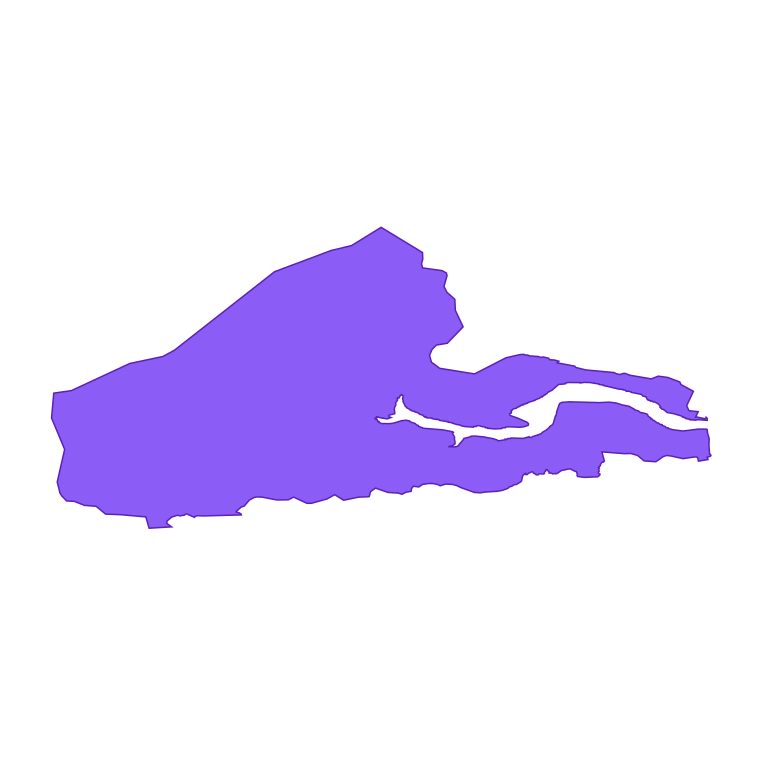 the district of Stryn nor, Sogn og Fjordane, Norway, rotated 183°
{"feature_id": "86288312B20375787798731", "entity_name": "Stryn nor", "entity_type": "district", "adm_level": 2, "iso_a3": "NOR", "parent_name": "Norway", "parent_adm1": "Sogn og Fjordane", "projection": "natural_earth1", "projection_center": [6.614, 61.822], "detail": "fine", "context": "isolated", "style": "filled", "palette": "violet", "viewbox_px": 768, "rotation_deg": 183, "n_neighbors": 0, "source": "geoboundaries", "source_scale": "gbopen_adm2", "svg_char_len": 6122}
<svg xmlns="http://www.w3.org/2000/svg" viewBox="0 0 768 768"><g transform="rotate(183 384 384)"><path d="M676.7,247.1L665.1,246.8L655.2,239.5L640.0,239.7L614.9,238.8L611.0,227.7L588.7,230.2L593.7,233.5L593.4,235.9L589.2,239.9L583.4,242.1L581.0,241.6L576.5,242.6L575.0,243.9L574.1,243.9L566.3,240.9L565.8,241.8L563.6,242.7L557.2,242.8L519.6,245.8L519.9,246.7L521.8,247.7L524.9,248.5L524.8,249.1L520.2,253.6L517.2,254.8L512.4,261.0L507.9,263.8L505.4,264.5L500.3,264.7L484.8,262.6L473.6,263.3L468.3,266.3L454.7,260.8L450.1,261.1L434.9,266.2L427.4,270.9L418.3,265.8L403.3,269.7L393.3,270.6L392.8,271.0L391.8,275.8L387.0,279.6L374.3,275.9L363.9,275.8L360.3,274.8L356.3,277.1L351.3,278.2L351.0,281.1L349.3,283.4L343.8,283.0L340.3,285.7L334.1,287.0L329.8,287.1L325.3,286.5L322.6,285.3L317.3,287.3L310.4,287.3L306.2,286.4L301.9,284.6L287.8,280.4L281.8,280.4L277.2,281.4L265.1,282.8L260.2,284.0L254.9,286.2L253.3,287.8L250.9,288.6L249.1,290.1L246.3,290.7L242.4,293.4L241.6,294.2L240.7,299.7L238.4,302.1L237.9,302.1L237.8,301.0L236.4,301.0L234.8,302.5L231.8,304.1L230.6,303.7L229.8,302.6L227.8,302.0L227.4,301.3L225.4,301.3L224.5,302.4L220.1,302.5L219.2,302.9L219.2,304.3L218.2,305.2L217.6,307.1L216.5,306.8L216.2,306.1L214.8,305.4L214.5,303.7L212.4,303.8L210.6,303.0L208.7,303.6L207.8,303.2L205.7,304.2L202.5,306.8L193.9,309.1L188.7,306.8L187.3,306.6L186.3,304.1L186.4,302.7L185.9,301.8L179.4,301.2L165.8,302.5L163.9,304.0L163.6,305.3L164.4,305.6L165.5,307.2L164.5,308.4L165.2,310.2L164.6,311.0L165.5,311.7L164.6,312.6L164.7,313.1L163.8,313.5L163.8,314.3L162.6,316.8L161.8,317.5L160.8,317.5L159.9,318.5L162.8,327.6L140.5,327.0L133.8,327.5L127.0,325.9L120.2,320.8L108.4,320.6L101.2,326.2L97.9,327.4L93.5,327.1L81.5,325.1L68.9,327.6L67.0,327.0L65.9,323.4L56.5,325.5L57.4,327.8L54.2,329.0L53.8,329.9L54.3,330.8L55.2,331.0L56.3,339.9L56.4,346.5L58.3,351.8L58.9,355.5L60.2,355.8L67.9,355.4L82.8,352.7L92.7,353.4L97.7,354.5L97.7,354.9L100.3,355.4L100.9,356.2L104.1,357.2L104.1,358.0L106.0,358.1L108.2,359.5L109.2,359.5L112.4,361.7L113.7,362.1L114.7,363.2L115.6,363.1L115.5,363.7L116.3,364.4L118.4,365.5L119.3,367.4L120.9,368.1L126.8,369.1L128.4,370.4L132.5,371.4L132.5,371.8L138.1,374.6L145.0,375.6L150.8,377.1L158.0,377.7L167.8,376.7L198.0,375.9L205.7,374.9L207.4,373.8L207.9,373.0L210.1,365.3L210.3,362.5L210.7,361.2L211.1,361.1L212.9,353.6L213.6,352.2L216.3,350.2L216.3,349.6L219.7,346.4L223.3,344.0L224.4,342.6L233.1,339.1L234.3,338.2L236.5,338.5L236.5,338.9L241.9,337.0L254.6,336.7L254.9,336.2L257.7,336.0L258.8,335.1L259.7,335.2L259.4,334.8L267.0,333.2L268.0,334.0L272.1,335.1L281.7,336.4L290.4,336.8L294.4,336.4L294.4,336.0L301.4,333.8L302.1,332.3L305.7,327.8L306.4,326.4L307.7,325.5L310.1,324.9L316.6,324.7L312.1,326.1L309.9,328.0L310.1,330.2L310.8,332.7L310.7,334.5L313.2,338.7L312.2,339.3L312.8,339.9L323.0,341.3L343.0,341.9L343.4,342.4L347.2,343.4L347.5,344.3L349.3,344.9L350.9,346.2L356.1,347.7L356.6,348.5L360.0,349.0L364.8,348.2L372.5,345.4L376.3,344.7L384.6,344.4L387.0,345.5L387.0,346.1L387.6,345.8L388.6,346.7L387.5,346.3L388.6,347.1L389.0,348.1L390.3,348.2L390.7,348.9L389.6,349.0L390.7,349.4L389.5,349.8L389.8,351.0L386.1,350.1L379.1,349.3L375.2,350.9L377.0,351.5L377.6,352.5L377.1,353.2L371.7,354.9L371.7,356.2L372.4,359.2L372.0,361.9L371.1,363.4L371.3,365.3L371.1,366.3L369.6,368.7L370.3,370.2L369.8,369.5L370.0,370.5L368.5,370.7L369.5,370.7L369.5,371.1L368.1,371.0L367.0,373.6L366.3,373.7L365.9,374.3L364.3,373.2L364.6,369.9L363.9,368.3L364.2,367.7L361.3,362.5L360.7,362.5L360.0,361.4L357.5,360.3L356.8,359.5L355.9,359.6L355.3,358.8L351.8,358.1L351.8,357.8L348.3,356.9L346.7,355.6L343.6,354.9L342.6,353.8L341.0,353.5L341.3,353.1L339.5,352.7L339.4,352.4L334.2,352.5L334.1,351.9L329.5,351.3L329.5,351.6L327.9,351.7L328.6,351.5L326.7,350.9L326.6,350.6L317.9,349.6L317.9,349.2L313.6,348.8L313.5,348.4L308.5,347.2L306.0,347.2L305.7,346.7L304.1,346.2L300.7,345.7L292.3,345.6L292.1,346.3L289.6,346.4L289.3,347.0L286.9,347.4L283.4,346.5L280.9,346.5L280.6,345.7L278.1,345.6L278.1,345.2L271.3,344.9L264.2,345.6L263.3,346.5L260.5,346.7L260.3,347.3L257.5,347.8L246.1,347.9L242.1,348.6L237.9,350.2L237.5,351.6L238.7,353.1L248.5,356.9L256.2,359.1L256.9,360.0L256.8,361.0L256.2,361.7L255.3,361.7L255.4,364.4L254.8,364.4L253.7,365.9L250.6,366.7L249.2,368.1L248.2,368.1L248.0,368.7L246.4,369.3L246.5,369.7L243.7,370.5L243.8,371.0L241.3,371.7L241.4,372.0L239.5,372.4L239.3,373.0L232.3,375.6L232.3,376.0L227.8,378.0L226.9,379.0L225.4,379.4L225.5,379.9L224.8,379.9L223.4,381.3L222.8,381.3L222.2,382.3L220.7,382.9L220.0,384.2L215.7,386.7L209.6,392.7L203.7,393.5L202.8,393.8L202.9,394.4L200.1,395.1L188.1,395.7L188.1,395.3L183.8,396.1L178.0,396.2L169.3,395.2L169.2,394.8L164.9,394.4L164.9,394.0L148.6,391.1L145.2,391.1L145.2,390.7L142.7,390.4L141.7,389.4L139.3,389.6L136.7,389.0L136.7,388.6L126.4,387.1L124.8,385.5L121.7,384.9L120.2,382.2L119.3,382.1L119.3,381.7L116.8,381.2L116.7,380.8L115.2,380.9L114.2,380.1L113.0,380.3L109.5,378.7L107.4,376.9L107.1,375.2L106.5,375.2L106.6,374.7L105.1,373.4L103.6,373.2L99.7,370.3L93.5,369.6L86.5,367.9L85.0,367.5L84.0,366.6L83.4,366.8L83.3,366.4L80.8,365.7L80.8,365.3L76.7,364.7L76.7,364.3L70.8,364.2L69.0,364.8L66.2,364.8L59.3,364.6L59.5,366.7L60.5,367.5L60.5,366.8L62.2,366.2L69.7,367.4L71.1,367.1L68.8,372.8L78.1,373.3L80.6,378.2L74.6,392.9L87.3,398.9L88.7,401.5L101.0,405.4L110.5,406.2L117.4,403.1L139.4,405.7L143.5,407.2L145.7,407.1L148.1,406.0L149.9,405.9L152.7,406.5L154.9,407.5L183.1,408.6L193.6,410.6L194.4,411.8L212.1,414.2L210.6,415.9L215.1,416.9L219.8,416.9L221.0,418.4L226.4,419.3L229.2,418.8L231.2,419.5L240.2,419.7L241.9,420.4L244.9,420.4L245.7,420.9L249.3,420.6L263.5,416.6L294.1,398.8L329.2,402.6L337.8,408.3L340.0,415.1L337.8,421.0L333.8,425.6L322.9,428.0L308.0,445.2L316.6,461.3L317.7,472.3L326.0,478.9L329.2,484.6L326.7,495.5L327.5,498.1L331.8,500.2L351.7,502.0L352.3,504.6L352.9,505.6L351.8,510.7L352.4,517.3L395.1,540.3L423.7,520.5L443.7,514.6L499.2,490.4L594.9,406.9L606.2,399.9L638.9,391.2L695.9,361.0L713.3,357.6L714.2,332.6L699.5,302.0L705.2,269.0L701.9,258.2L700.0,255.4L694.8,250.6L687.2,250.6L676.7,247.1Z" fill="#8b5cf6" stroke="#5b21b6" stroke-width="1.5"/></g></svg>